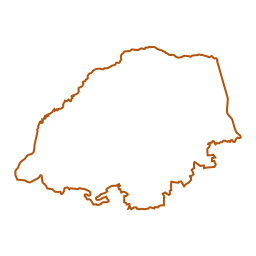 the border of Limpopo
{"feature_id": "ZAF-1210", "entity_name": "Limpopo", "entity_type": "Province", "adm_level": 1, "iso_a3": "ZAF", "parent_name": "South Africa", "parent_adm1": "", "projection": "natural_earth1", "projection_center": [29.071, -23.769], "detail": "fine", "context": "isolated", "style": "outline", "palette": "amber", "viewbox_px": 256, "rotation_deg": 0, "n_neighbors": 0, "source": "natural_earth", "source_scale": "10m", "svg_char_len": 5755}
<svg xmlns="http://www.w3.org/2000/svg" viewBox="0 0 256 256"><path d="M132.8,49.4L135.1,49.9L136.3,50.0L137.0,49.7L137.3,49.9L138.2,50.0L140.6,48.6L141.5,48.4L143.6,48.9L144.6,49.0L145.0,48.5L145.4,47.7L146.2,47.5L147.6,47.7L149.1,46.9L150.0,46.8L150.7,47.3L151.2,47.1L154.0,47.0L154.9,47.2L157.3,49.0L158.7,49.4L159.7,50.0L161.2,50.1L161.8,50.3L162.9,51.1L164.2,51.5L164.7,51.7L165.5,52.7L165.6,53.0L166.8,53.2L167.5,53.5L168.6,54.5L169.6,55.0L170.4,55.1L172.2,54.8L173.2,54.9L174.0,55.1L174.6,55.6L175.2,56.1L176.5,57.2L177.9,57.5L179.5,57.5L181.1,57.2L181.9,56.9L183.5,56.1L184.3,55.8L185.1,55.8L187.8,56.2L189.0,56.1L189.3,56.3L190.0,56.7L190.3,56.8L190.9,56.6L192.0,55.8L192.8,55.5L197.4,55.1L198.8,54.5L200.0,54.8L202.5,55.1L207.0,56.3L208.4,57.0L209.2,57.2L209.9,57.0L211.2,56.2L211.9,56.1L212.3,56.5L213.1,57.6L214.4,58.4L214.7,58.5L215.0,58.5L215.7,58.2L216.1,58.2L216.5,58.6L217.5,60.1L217.1,61.0L227.6,97.7L227.8,99.2L226.9,110.5L227.2,112.5L227.9,114.3L231.9,119.0L232.7,120.8L234.2,127.0L235.9,131.3L236.5,132.4L237.3,133.2L239.9,135.4L240.4,136.0L240.6,136.8L240.6,137.6L240.1,137.8L239.1,138.0L238.6,138.0L238.0,137.6L237.5,137.7L235.6,139.5L235.5,139.8L235.2,141.5L234.7,141.9L233.9,141.9L233.1,141.7L232.8,141.4L232.6,141.1L232.5,140.5L232.3,140.3L232.0,140.1L231.4,140.1L231.0,140.3L230.6,140.8L230.0,141.8L229.6,141.9L229.3,141.8L228.8,141.1L228.6,141.0L228.3,141.1L227.4,141.7L226.9,141.6L226.0,141.1L223.9,140.5L223.6,140.5L222.6,141.8L222.0,142.2L221.8,142.3L220.8,142.1L220.5,142.2L219.9,142.5L219.3,143.2L218.8,143.4L217.2,143.1L216.6,143.2L215.5,144.4L214.8,142.8L213.6,141.2L212.5,141.2L211.9,142.6L210.5,142.8L208.4,143.4L208.2,144.1L209.8,144.2L209.8,145.6L209.2,147.1L207.3,148.8L207.6,155.3L210.9,155.2L213.2,154.8L215.2,157.5L211.9,158.2L212.0,161.1L214.1,160.9L215.8,164.6L214.2,167.0L207.3,167.5L204.1,168.2L203.8,165.5L200.0,165.9L195.4,162.4L194.4,162.1L194.1,162.8L193.9,164.9L194.1,168.2L193.0,168.7L191.6,170.0L192.7,171.8L193.5,174.3L191.9,175.7L190.1,175.9L189.9,176.5L191.0,177.8L191.0,179.9L189.4,182.0L185.4,184.6L184.1,186.3L181.2,181.5L179.0,181.8L178.2,182.8L171.4,181.7L171.0,184.6L171.1,188.4L171.4,190.0L169.9,190.6L169.8,194.4L168.9,195.0L167.3,194.1L165.2,192.5L162.9,193.6L164.1,196.3L163.9,201.2L163.9,205.3L161.3,205.3L159.1,205.9L157.9,207.4L155.1,207.0L154.3,208.5L150.2,207.2L148.1,208.6L144.3,209.2L141.5,208.8L139.2,209.2L137.1,208.9L136.6,207.5L133.6,207.4L132.8,208.5L131.2,209.1L130.5,207.4L128.4,208.5L129.6,205.3L129.4,204.0L126.6,204.6L126.3,203.2L124.1,202.2L124.3,195.9L126.1,196.2L127.8,194.4L125.6,192.4L123.5,191.7L121.2,192.5L120.0,189.1L118.9,189.1L118.3,186.7L119.9,185.8L119.1,184.1L115.6,185.9L113.4,185.7L112.5,185.8L111.5,186.1L109.2,187.3L106.5,189.0L106.4,189.7L107.3,191.5L104.8,193.0L101.0,194.2L100.2,194.7L99.8,195.6L98.2,196.5L96.7,197.2L96.1,197.7L95.9,198.2L96.1,198.8L96.5,199.7L97.5,200.0L99.2,199.8L100.6,199.3L101.5,198.8L102.6,198.0L106.3,196.7L106.7,198.0L107.8,199.6L108.5,200.2L108.6,201.2L108.6,201.3L107.9,201.9L106.5,202.4L105.2,202.1L103.0,202.3L102.0,202.7L101.3,203.7L99.2,204.8L96.8,204.9L96.3,204.3L93.4,204.6L90.8,200.1L89.3,199.2L87.9,199.5L87.1,199.3L86.6,198.8L86.2,197.7L85.7,197.0L84.8,196.3L84.6,195.3L84.9,194.6L85.8,194.3L86.4,194.3L88.0,195.4L88.6,195.6L89.5,195.5L90.0,195.1L90.3,194.1L90.4,192.7L89.8,191.8L88.6,190.9L85.3,189.4L83.9,188.9L81.9,188.8L79.9,188.2L79.0,188.3L78.4,188.6L78.1,189.0L77.4,189.1L71.3,188.3L70.6,188.4L70.0,188.7L69.3,189.3L67.6,187.5L66.6,187.7L65.7,187.7L64.8,188.1L64.4,188.4L64.3,188.7L64.3,189.9L64.0,190.9L62.6,193.5L62.1,193.9L61.8,194.1L61.5,194.0L61.3,193.9L60.9,193.6L60.6,192.1L60.2,191.7L58.3,192.0L55.2,191.8L52.0,189.2L47.6,188.5L47.0,188.0L46.1,185.9L44.8,184.3L43.3,183.3L42.3,181.5L41.8,176.5L41.5,175.6L40.9,175.2L40.3,175.4L39.9,175.9L39.4,177.1L37.7,178.5L33.0,180.8L30.4,182.3L29.8,182.4L28.0,182.1L26.9,181.5L25.6,180.7L24.6,180.4L17.5,179.6L17.1,179.4L16.8,178.3L15.7,176.1L15.4,174.8L15.4,170.7L18.0,167.7L18.3,167.1L19.5,163.6L20.6,162.1L21.7,161.1L24.4,159.2L26.9,156.3L27.2,155.6L28.1,155.1L31.7,153.8L32.6,153.2L33.2,152.6L33.7,151.7L34.5,147.4L34.5,145.2L37.4,132.0L37.5,130.7L37.2,129.7L38.4,127.3L38.2,126.4L38.4,125.5L39.2,123.9L39.9,121.9L40.3,121.5L40.8,121.7L41.3,122.9L42.0,122.9L42.7,122.4L42.6,121.7L42.4,120.8L42.3,119.8L42.9,120.2L43.0,119.7L43.2,119.4L44.0,118.8L43.7,118.8L44.0,118.2L44.4,117.9L44.9,117.8L45.4,118.2L45.6,117.6L45.0,116.9L44.8,116.3L45.0,115.9L45.4,115.8L45.9,116.0L46.2,116.5L46.7,115.8L46.8,115.5L47.1,115.8L47.5,116.0L47.8,116.0L48.3,115.8L47.7,114.9L48.1,114.3L49.7,113.8L51.2,112.9L52.0,112.3L52.6,111.6L53.6,109.9L54.2,109.3L54.7,110.8L55.1,110.6L55.6,109.7L56.7,109.2L57.0,109.3L56.7,110.0L57.3,110.4L57.7,110.1L58.5,109.0L59.0,108.8L60.7,108.7L61.6,108.4L62.4,107.8L63.0,106.9L63.3,105.8L63.0,104.8L63.4,104.3L63.7,103.0L64.5,102.1L64.9,100.7L65.3,100.7L66.5,101.2L67.0,101.0L68.6,99.5L69.7,100.9L70.3,101.2L70.9,100.9L71.1,100.4L71.7,98.5L72.4,98.1L71.8,96.9L71.6,96.5L71.7,96.1L73.1,96.3L73.7,96.0L73.5,95.1L75.0,94.7L76.8,93.9L78.2,92.8L78.8,91.4L78.5,89.3L78.5,88.2L79.0,87.7L79.8,87.5L81.4,86.7L82.0,86.3L82.6,85.6L83.1,84.6L83.3,83.5L82.9,82.4L83.0,81.9L83.8,81.5L85.4,80.9L85.9,79.5L87.1,79.1L87.5,78.7L87.8,78.0L87.8,77.6L87.6,76.7L87.7,76.0L87.9,75.5L89.2,73.7L89.6,73.4L91.0,73.2L91.4,72.9L92.9,71.0L93.6,70.4L95.1,69.4L96.7,68.9L100.1,68.7L102.7,69.4L103.4,69.2L104.3,68.3L105.0,68.2L105.8,68.3L106.9,68.3L108.4,67.8L111.4,65.9L113.2,65.3L114.9,64.9L115.5,64.3L115.7,63.4L116.2,62.7L117.1,62.7L118.9,62.9L119.6,62.3L120.6,60.3L121.0,59.9L121.2,59.3L120.9,55.8L121.8,54.4L122.6,53.5L123.3,53.1L123.3,52.9L124.1,51.6L124.5,51.4L129.5,51.1L130.3,50.8L130.9,50.1L131.7,49.5L132.8,49.4Z" fill="none" stroke="#b45309" stroke-width="2"/></svg>